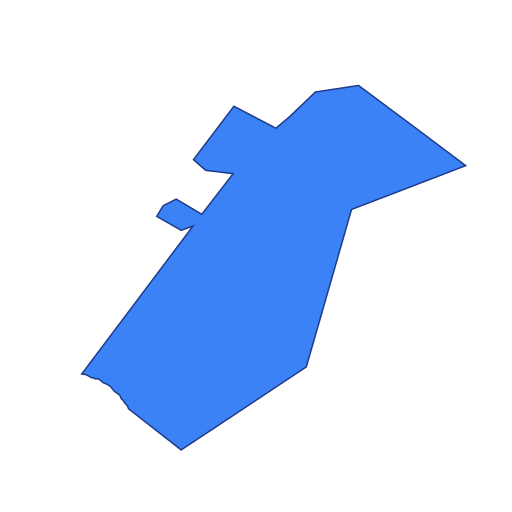 the district of Mendi/Munihu District, Southern Highlands, Papua New Guinea, rotated 128°
{"feature_id": "67681753B89276068446522", "entity_name": "Mendi/Munihu District", "entity_type": "district", "adm_level": 2, "iso_a3": "PNG", "parent_name": "Papua New Guinea", "parent_adm1": "Southern Highlands", "projection": "orthographic", "projection_center": [143.709, -6.035], "detail": "fine", "context": "isolated", "style": "filled", "palette": "blue", "viewbox_px": 512, "rotation_deg": 128, "n_neighbors": 0, "source": "geoboundaries", "source_scale": "gbopen_adm2", "svg_char_len": 671}
<svg xmlns="http://www.w3.org/2000/svg" viewBox="0 0 512 512"><g transform="rotate(128 256 256)"><path d="M454.9,262.3L454.9,195.6L406.5,179.4L312.4,148.1L272.7,164.1L190.4,197.3L160.5,209.4L100.5,173.3L55.7,146.4L56.9,210.7L58.5,280.2L90.2,310.2L112.5,313.4L125.9,315.4L143.1,319.0L151.6,365.6L218.6,364.6L219.5,348.4L205.2,324.7L256.5,324.4L260.3,353.9L273.5,360.1L285.9,358.6L281.8,330.7L271.1,324.1L456.3,320.7L454.0,316.6L453.1,310.2L452.3,309.6L451.7,306.7L450.2,305.4L449.7,303.2L449.9,298.4L448.8,294.4L448.4,290.7L449.8,284.2L449.5,277.8L451.4,274.3L451.6,271.3L452.6,269.3L453.3,264.9L454.9,262.3Z" fill="#3b82f6" stroke="#1e3a8a" stroke-width="1.5"/></g></svg>